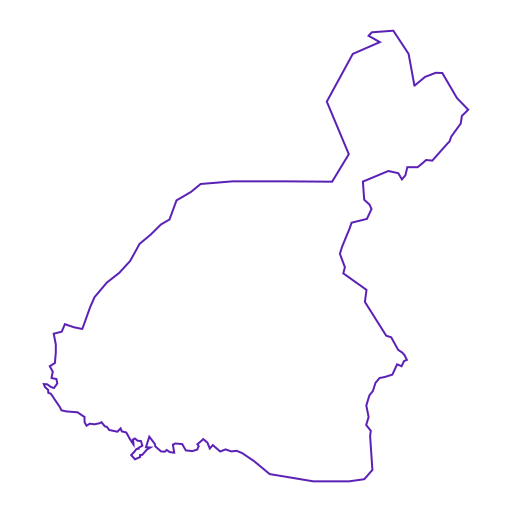 Odou, Larnaca, Cyprus
{"feature_id": "46923920B76521760601459", "entity_name": "Odou", "entity_type": "district", "adm_level": 2, "iso_a3": "CYP", "parent_name": "Cyprus", "parent_adm1": "Larnaca", "projection": "robinson", "projection_center": [33.154, 34.895], "detail": "fine", "context": "isolated", "style": "outline", "palette": "violet", "viewbox_px": 512, "rotation_deg": 0, "n_neighbors": 0, "source": "geoboundaries", "source_scale": "gbopen_adm2", "svg_char_len": 2273}
<svg xmlns="http://www.w3.org/2000/svg" viewBox="0 0 512 512"><path d="M368.6,35.8L379.8,42.1L352.8,53.9L326.8,101.6L348.8,154.2L332.1,181.7L280.3,181.3L232.9,181.3L200.6,184.0L199.0,185.4L198.2,186.0L191.0,191.9L176.5,200.4L169.5,219.5L160.9,224.5L150.6,234.7L139.5,243.9L136.0,250.4L133.3,255.2L130.2,260.9L119.2,272.9L106.9,282.5L94.5,297.2L89.9,307.8L82.6,328.2L82.1,329.0L79.5,328.4L74.1,327.3L64.9,324.2L61.7,331.7L53.7,333.7L55.8,344.4L55.8,352.4L54.9,363.0L49.8,366.2L52.8,371.8L51.8,376.3L51.6,378.1L56.4,379.0L57.3,383.5L54.0,388.0L51.1,387.1L47.2,384.3L43.8,384.1L45.0,387.1L48.1,389.9L48.3,392.8L50.8,393.7L59.9,407.2L61.4,410.3L66.2,411.4L72.3,411.9L77.6,412.3L82.2,415.5L84.5,416.9L84.6,422.3L86.5,425.7L89.8,423.7L94.7,424.3L100.0,423.1L101.5,422.2L104.8,426.3L106.9,426.9L109.2,430.0L117.4,431.7L120.6,428.4L121.8,431.4L123.9,431.9L126.3,432.5L129.5,438.4L131.6,441.7L133.5,444.5L133.4,442.3L132.9,439.6L134.9,438.5L137.7,440.8L140.9,441.0L142.4,445.7L138.6,447.8L138.6,448.8L136.6,448.9L134.3,451.8L131.2,455.1L135.0,459.3L140.2,457.0L140.1,455.0L142.2,454.9L146.1,450.5L146.7,449.7L150.4,447.5L146.0,447.2L149.3,436.7L154.9,444.0L155.3,446.4L161.0,451.4L164.8,451.7L166.7,450.0L169.8,452.1L174.2,452.7L172.9,444.6L175.3,443.5L182.2,444.1L185.8,450.4L192.3,451.1L197.2,449.6L198.7,446.1L197.4,444.2L201.6,440.7L203.2,439.1L207.4,442.6L209.8,448.5L212.8,445.1L220.2,451.5L225.6,449.4L231.3,451.4L236.6,450.8L242.0,453.0L254.0,461.1L269.7,474.1L313.1,481.3L349.4,481.3L364.3,479.2L371.0,471.5L372.4,470.0L370.1,436.0L370.8,430.8L366.2,425.0L368.6,417.0L366.3,405.5L369.4,395.4L372.9,391.0L375.5,382.8L379.6,378.0L384.8,377.0L392.4,374.6L397.1,364.3L401.6,366.2L404.0,361.1L406.9,359.9L404.5,355.1L402.4,352.7L398.1,349.8L391.2,337.3L386.2,335.7L364.9,301.9L366.5,289.9L343.3,273.4L344.9,267.2L339.9,253.8L342.1,246.7L347.2,234.2L349.0,230.1L351.6,222.7L366.9,218.9L371.5,209.0L369.6,204.7L364.2,199.7L362.9,181.6L388.3,171.0L398.3,173.2L401.9,179.4L405.4,175.3L407.3,167.2L417.6,167.2L423.2,162.6L426.1,160.0L432.3,160.6L447.5,143.5L449.4,141.7L451.3,136.5L460.7,123.6L461.9,115.9L468.2,109.7L456.9,98.0L442.3,73.0L435.7,72.8L425.0,76.9L414.6,85.6L414.4,85.5L408.6,53.9L393.3,30.7L371.8,32.3L368.6,35.8Z" fill="none" stroke="#5b21b6" stroke-width="2"/></svg>